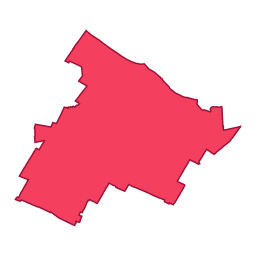 the district of Devesel, Mehedinti, Romania
{"feature_id": "2599482B24769263834247", "entity_name": "Devesel", "entity_type": "district", "adm_level": 2, "iso_a3": "ROU", "parent_name": "Romania", "parent_adm1": "Mehedinti", "projection": "natural_earth1", "projection_center": [22.678, 44.474], "detail": "fine", "context": "isolated", "style": "filled", "palette": "rose", "viewbox_px": 256, "rotation_deg": 0, "n_neighbors": 0, "source": "geoboundaries", "source_scale": "gbopen_adm2", "svg_char_len": 5533}
<svg xmlns="http://www.w3.org/2000/svg" viewBox="0 0 256 256"><path d="M74.5,225.5L75.1,224.4L75.2,224.1L76.1,222.6L76.3,222.2L76.2,221.9L75.8,221.7L75.7,221.4L77.2,221.7L79.6,222.3L79.8,221.8L80.3,220.4L80.3,220.0L81.1,218.0L81.6,216.6L81.8,216.2L81.2,216.1L80.6,215.9L80.3,215.7L79.0,215.3L80.3,212.0L80.5,212.0L81.0,212.1L82.4,212.6L82.7,211.5L83.1,210.5L83.1,210.1L83.8,209.5L84.2,209.0L85.2,206.6L85.8,205.4L86.1,204.5L86.4,203.6L88.0,200.5L88.4,200.7L88.7,200.7L88.8,200.6L89.1,200.1L89.5,199.6L91.6,200.6L97.2,203.4L101.1,196.8L103.0,193.4L104.9,190.1L106.3,187.7L108.0,185.0L109.0,183.1L113.7,185.5L114.5,185.6L115.5,186.1L115.6,186.3L115.7,186.6L115.7,186.9L115.7,187.1L116.8,187.7L117.2,187.7L117.7,188.0L117.8,188.3L124.8,191.2L125.7,189.8L127.3,187.0L128.0,185.7L128.8,184.5L133.3,186.9L133.9,187.0L134.3,187.2L135.2,187.3L135.6,187.5L137.5,188.3L138.0,188.6L141.2,189.9L145.2,191.6L145.9,191.7L146.1,191.8L146.2,192.1L146.7,192.3L148.1,192.9L149.0,193.2L150.3,194.0L153.3,195.4L157.8,197.3L158.6,197.7L159.7,198.1L160.5,198.3L160.9,198.5L162.0,198.9L163.0,199.4L163.5,199.5L164.4,199.8L164.6,199.8L164.4,201.6L169.0,203.9L169.5,203.0L172.5,204.4L173.2,204.7L173.7,204.0L174.3,203.1L174.8,202.6L175.7,201.1L176.8,199.4L177.7,197.8L179.6,194.5L179.7,194.4L179.7,194.2L181.5,191.3L183.6,187.8L183.7,187.4L183.7,187.2L184.0,186.8L184.5,186.0L184.9,185.2L183.9,184.5L177.4,181.5L177.3,181.3L177.3,181.2L178.1,180.0L178.7,178.8L179.7,177.0L182.6,172.1L183.1,171.3L183.8,169.9L188.0,162.9L189.7,159.8L194.3,162.0L198.3,164.1L198.6,163.7L199.2,163.9L199.7,163.8L198.8,161.9L202.0,157.0L202.7,155.8L203.3,154.6L204.0,153.6L205.9,150.4L206.5,149.3L208.7,150.8L209.7,151.3L210.2,151.8L213.5,154.0L214.1,154.3L215.3,153.3L216.9,151.8L221.1,148.4L224.0,145.9L226.3,144.1L228.3,142.4L230.1,140.9L230.5,140.2L231.2,139.3L231.4,139.0L233.1,137.0L234.4,135.1L234.8,134.6L235.3,133.9L237.1,131.4L238.1,130.0L239.8,127.6L240.5,126.9L240.6,126.5L240.6,126.4L240.4,126.5L239.9,126.7L228.5,129.2L223.7,130.2L223.2,127.6L223.1,127.1L223.4,127.0L222.7,123.8L222.7,121.3L222.6,120.3L222.5,119.4L222.5,118.8L222.4,118.3L222.3,114.4L222.1,112.3L222.1,109.2L221.9,108.3L221.8,107.5L221.8,107.1L221.6,106.6L219.3,107.3L219.0,107.3L218.5,107.3L216.6,106.7L216.4,106.7L215.4,107.0L214.7,107.1L213.2,106.8L212.9,106.8L212.2,106.9L211.8,107.1L211.4,107.4L211.0,107.8L210.4,108.8L210.2,109.4L210.4,110.1L210.8,110.9L210.7,111.2L210.6,111.4L210.4,111.6L210.2,111.7L210.0,111.8L209.4,111.7L208.1,111.1L205.8,110.3L204.9,110.1L204.1,109.9L203.7,110.0L203.4,110.3L203.1,110.4L202.8,110.4L202.4,110.2L202.1,109.9L201.7,109.7L201.2,109.1L199.9,107.7L197.6,105.1L197.1,104.1L197.0,103.5L197.0,103.1L197.2,102.7L197.3,102.3L197.3,101.9L197.3,101.3L197.0,99.7L195.9,99.7L193.5,99.3L189.5,98.1L188.7,98.1L187.9,97.7L187.3,97.5L185.2,97.4L184.1,97.1L183.0,96.8L181.6,96.0L180.1,95.2L177.1,93.8L175.3,92.9L174.4,92.2L173.3,91.2L172.2,90.4L170.4,89.0L169.9,88.5L169.4,87.8L169.0,86.9L165.8,83.5L163.6,81.3L162.9,80.4L162.3,79.2L161.9,78.6L160.7,77.8L159.7,76.7L157.2,74.7L154.7,72.4L152.9,71.3L151.2,70.3L149.3,69.4L149.0,69.1L144.3,63.9L140.4,64.2L135.6,63.2L130.6,61.3L126.6,59.3L122.5,56.8L116.5,52.6L110.8,48.8L104.8,44.5L99.3,40.2L91.3,35.0L87.0,31.4L86.1,30.5L81.2,37.5L81.0,37.8L78.5,41.3L78.4,41.3L76.0,44.5L75.8,44.6L74.0,47.5L73.8,47.9L73.7,48.0L73.9,48.0L73.7,48.4L68.6,55.7L66.2,59.3L65.1,61.0L67.1,61.9L67.9,62.2L68.0,62.5L68.7,62.8L68.8,62.7L69.1,62.0L69.5,61.3L69.6,61.1L72.5,62.5L75.2,63.7L76.6,64.4L80.4,66.2L81.5,66.8L81.6,67.0L81.7,68.7L82.0,70.3L82.3,74.6L82.5,75.6L82.5,76.0L81.0,77.9L80.8,78.1L79.1,80.5L78.7,81.2L80.6,82.2L82.5,83.4L83.9,84.2L84.4,84.6L84.8,84.7L85.1,84.7L85.5,84.7L85.7,84.8L86.0,85.3L86.0,85.7L86.4,85.9L86.9,86.1L86.6,86.7L86.2,87.1L85.3,88.3L84.2,89.6L81.5,93.0L81.0,93.5L80.8,93.9L80.4,94.4L79.0,96.4L75.9,100.3L75.3,101.0L77.3,102.2L77.8,102.5L78.0,102.1L78.1,102.4L78.2,102.6L78.4,102.8L78.6,103.1L79.5,103.6L79.0,104.2L78.7,104.6L78.3,104.8L77.8,105.3L76.7,105.2L75.4,106.5L74.9,107.2L73.1,106.2L72.6,106.8L72.0,107.5L70.8,106.7L70.1,107.5L69.9,107.4L69.4,107.3L68.9,107.0L68.7,107.2L68.3,107.3L68.2,107.7L67.8,107.6L67.9,107.9L67.9,108.2L66.3,107.5L65.9,107.6L64.9,107.3L64.2,107.2L63.4,109.3L61.6,112.8L61.6,113.1L61.2,114.0L60.5,115.5L60.0,116.5L59.2,118.0L58.5,119.4L56.5,123.5L52.8,122.6L51.8,125.0L50.8,127.0L44.6,125.9L37.1,124.6L35.4,124.3L34.4,128.2L34.4,128.3L34.6,128.4L34.8,128.6L34.8,129.0L34.9,129.7L35.0,133.8L35.0,136.3L34.9,136.8L34.8,137.0L34.5,137.0L34.5,137.4L34.8,137.4L34.9,141.0L35.0,142.3L44.4,140.7L44.3,140.9L43.7,141.9L43.7,142.1L43.4,142.7L43.0,143.1L43.0,143.3L42.5,143.9L42.1,144.6L41.9,145.1L41.5,145.8L41.2,146.1L40.6,147.3L39.2,149.7L36.7,148.5L36.3,148.3L36.1,148.4L34.2,151.5L33.8,151.9L33.3,153.0L32.6,154.3L32.2,154.9L31.8,155.7L31.5,156.2L31.2,156.7L30.1,158.3L30.1,158.5L29.9,158.8L29.4,159.4L28.9,160.1L28.6,160.7L28.4,160.9L27.8,162.2L26.8,163.6L26.3,164.5L25.6,165.8L25.4,166.3L25.2,166.6L24.4,167.6L23.6,168.9L23.1,169.8L22.4,171.1L21.6,172.5L20.0,175.0L19.3,176.1L23.4,177.8L27.1,179.2L27.7,179.4L28.3,179.5L27.6,180.4L27.9,180.6L27.0,182.2L26.8,182.5L26.2,183.6L25.2,185.2L25.1,185.5L23.5,188.2L22.9,189.4L20.3,193.9L20.3,194.0L18.7,197.5L18.0,197.3L17.4,197.0L17.1,197.2L16.6,197.8L16.3,198.0L15.8,198.8L15.4,199.5L16.7,200.0L20.2,201.2L20.8,200.6L21.2,200.1L21.5,200.1L22.1,200.3L25.2,201.5L28.0,202.9L29.5,203.4L31.2,204.2L37.6,206.9L38.0,206.7L43.8,209.4L46.4,210.6L50.5,212.6L50.9,212.0L58.8,217.9L74.5,225.5Z" fill="#f43f5e" stroke="#9f1239" stroke-width="1.5"/></svg>